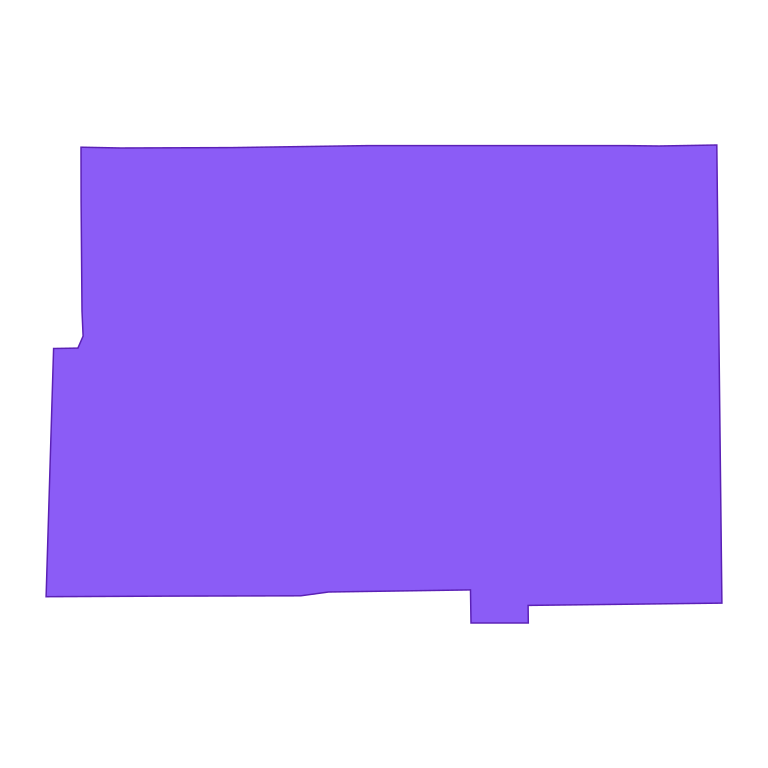 McKean, Pennsylvania, United States of America (Albers equal-area conic projection)
{"feature_id": "52423323B34391265633420", "entity_name": "McKean", "entity_type": "district", "adm_level": 2, "iso_a3": "USA", "parent_name": "United States of America", "parent_adm1": "Pennsylvania", "projection": "albers", "projection_center": [-78.629, 41.801], "detail": "fine", "context": "isolated", "style": "filled", "palette": "violet", "viewbox_px": 768, "rotation_deg": 0, "n_neighbors": 0, "source": "geoboundaries", "source_scale": "gbopen_adm2", "svg_char_len": 389}
<svg xmlns="http://www.w3.org/2000/svg" viewBox="0 0 768 768"><path d="M716.8,145.0L659.1,146.0L626.2,145.6L368.6,145.6L232.0,147.6L120.4,148.0L81.0,147.2L81.1,201.5L82.0,311.0L83.1,336.1L77.9,348.1L53.6,348.5L46.1,596.7L172.0,596.1L300.7,595.8L328.5,592.0L470.5,589.9L471.0,623.0L528.3,623.0L528.1,605.4L721.9,603.1L716.8,145.0Z" fill="#8b5cf6" stroke="#5b21b6" stroke-width="1.5"/></svg>